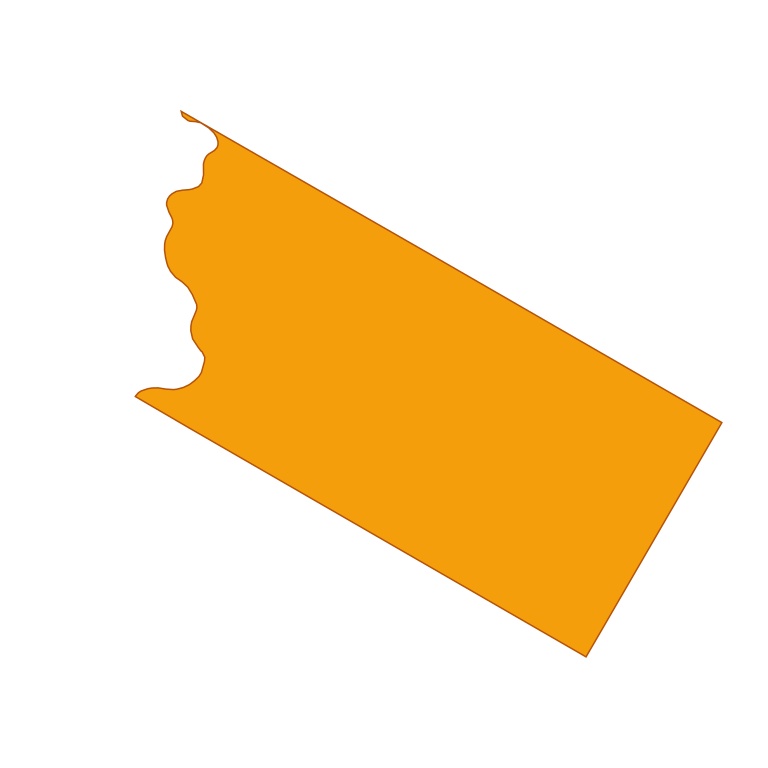 Otoe, Nebraska, United States of America (Natural Earth projection), rotated 210°
{"feature_id": "52423323B62260042074042", "entity_name": "Otoe", "entity_type": "district", "adm_level": 2, "iso_a3": "USA", "parent_name": "United States of America", "parent_adm1": "Nebraska", "projection": "natural_earth1", "projection_center": [-95.833, 40.654], "detail": "fine", "context": "isolated", "style": "filled", "palette": "amber", "viewbox_px": 768, "rotation_deg": 210, "n_neighbors": 0, "source": "geoboundaries", "source_scale": "gbopen_adm2", "svg_char_len": 1152}
<svg xmlns="http://www.w3.org/2000/svg" viewBox="0 0 768 768"><g transform="rotate(210 384 384)"><path d="M400.4,519.4L695.9,518.7L692.4,515.2L685.6,514.2L683.3,514.6L678.4,517.0L673.4,518.6L663.9,518.2L656.9,516.5L652.2,514.0L648.8,510.7L647.3,508.0L646.8,505.4L647.6,501.5L650.6,496.0L651.5,493.3L651.7,490.7L651.3,487.5L650.4,484.3L644.8,474.8L642.3,467.0L643.3,462.2L647.5,457.0L649.8,455.0L655.4,451.1L660.2,447.0L662.7,442.7L663.7,439.6L663.9,436.1L663.0,432.5L661.7,430.2L656.1,425.3L650.9,421.9L648.9,420.1L647.1,417.5L646.2,414.3L645.9,403.0L645.1,398.7L643.9,395.5L641.1,390.3L636.4,384.3L632.5,380.2L630.1,378.0L625.1,374.8L617.8,372.2L609.7,371.5L602.4,369.8L595.9,366.3L594.8,365.7L586.0,359.2L584.3,356.7L583.3,353.9L581.7,341.8L580.2,337.7L577.9,333.5L572.3,327.4L563.1,322.8L559.1,321.1L557.7,321.0L552.6,317.6L550.8,313.9L547.9,302.7L548.0,298.1L549.7,292.1L552.2,286.2L556.0,280.7L560.7,276.0L563.5,273.9L570.4,270.5L577.7,267.7L582.8,264.6L586.0,262.0L589.2,258.4L590.9,256.4L592.3,253.7L593.1,249.6L593.1,248.8L529.0,248.5L72.6,248.7L72.5,278.8L72.1,519.5L400.4,519.4Z" fill="#f59e0b" stroke="#b45309" stroke-width="1.5"/></g></svg>